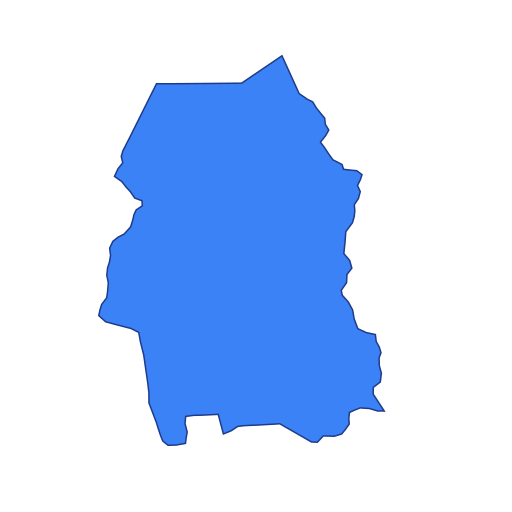 the district of São Lourenço da Mata, Pernambuco, Brazil, rotated 100°
{"feature_id": "56859067B70092057615278", "entity_name": "São Lourenço da Mata", "entity_type": "district", "adm_level": 2, "iso_a3": "BRA", "parent_name": "Brazil", "parent_adm1": "Pernambuco", "projection": "natural_earth1", "projection_center": [-35.088, -8.017], "detail": "fine", "context": "isolated", "style": "filled", "palette": "blue", "viewbox_px": 512, "rotation_deg": 100, "n_neighbors": 0, "source": "geoboundaries", "source_scale": "gbopen_adm2", "svg_char_len": 1808}
<svg xmlns="http://www.w3.org/2000/svg" viewBox="0 0 512 512"><g transform="rotate(100 256 256)"><path d="M386.4,102.8L371.8,116.5L365.0,117.7L358.5,111.7L349.6,112.2L342.6,115.5L334.9,117.1L329.6,116.1L324.4,118.7L319.3,122.8L312.6,124.8L312.3,134.0L309.9,143.1L300.9,148.4L292.3,151.5L285.2,157.2L279.7,164.2L275.0,166.1L266.6,162.2L258.4,163.2L251.3,159.5L244.1,163.0L238.4,169.9L224.9,170.9L216.5,171.8L206.5,166.8L200.2,166.1L194.4,166.5L188.4,168.1L181.6,165.1L174.5,164.5L168.9,168.3L162.9,166.5L157.5,165.7L154.5,171.6L155.0,177.6L155.4,184.8L150.9,187.2L147.9,197.0L142.9,202.1L137.2,207.5L132.7,212.3L125.1,208.2L119.3,206.2L114.3,210.6L108.3,212.3L104.3,217.1L99.6,222.4L94.4,226.9L92.7,232.7L88.6,241.7L54.3,265.2L88.3,300.2L94.1,331.4L101.2,370.0L103.6,383.9L127.2,390.9L161.0,400.9L175.3,405.3L181.3,406.0L187.4,403.4L193.9,407.0L202.2,409.2L206.0,401.1L210.6,396.0L214.5,390.9L220.0,385.5L221.4,377.9L226.3,376.7L231.4,382.0L236.7,383.4L241.9,383.6L249.3,384.6L257.3,389.7L261.5,395.2L266.4,399.5L273.7,401.5L280.8,399.3L287.7,399.3L293.4,400.1L300.9,399.6L308.0,396.8L316.8,396.0L323.1,395.8L330.5,399.6L336.2,400.3L342.0,400.5L346.9,392.6L348.0,380.4L349.1,366.4L351.6,358.2L360.4,355.0L373.2,349.3L387.0,344.8L393.6,342.6L400.7,340.3L409.4,337.7L419.3,335.9L436.9,325.4L444.5,321.5L449.7,318.6L454.4,315.7L457.7,309.7L456.0,301.7L452.8,292.9L447.6,293.2L441.3,293.2L433.3,296.8L426.2,297.4L423.8,289.9L422.1,281.5L420.5,274.4L418.5,265.7L428.7,261.0L436.9,257.2L432.5,250.2L427.0,244.4L425.2,238.4L423.8,232.4L422.6,226.7L421.0,220.0L418.9,211.0L417.1,203.4L429.5,169.1L428.7,163.2L421.5,158.5L419.9,147.6L416.4,140.7L411.2,137.8L405.3,135.0L399.8,136.4L393.9,136.8L390.5,132.0L387.5,127.0L386.5,117.7L387.5,109.4L386.4,102.8Z" fill="#3b82f6" stroke="#1e3a8a" stroke-width="1.5"/></g></svg>